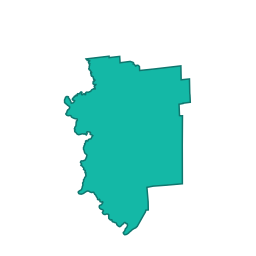 Monte, Buenos Aires, Argentina (Equal Earth projection), rotated 43°
{"feature_id": "61730980B93860432283235", "entity_name": "Monte", "entity_type": "district", "adm_level": 2, "iso_a3": "ARG", "parent_name": "Argentina", "parent_adm1": "Buenos Aires", "projection": "equal_earth", "projection_center": [-58.915, -35.5], "detail": "fine", "context": "isolated", "style": "filled", "palette": "teal", "viewbox_px": 256, "rotation_deg": 43, "n_neighbors": 0, "source": "geoboundaries", "source_scale": "gbopen_adm2", "svg_char_len": 5898}
<svg xmlns="http://www.w3.org/2000/svg" viewBox="0 0 256 256"><g transform="rotate(43 128 128)"><path d="M179.2,103.3L159.5,81.9L158.4,83.0L157.2,83.8L149.1,75.8L151.5,72.6L151.3,72.4L156.0,66.7L151.0,61.8L149.5,60.5L139.5,50.2L134.0,56.5L124.3,46.5L106.8,67.1L97.3,78.0L94.5,75.3L92.9,75.2L91.9,75.8L91.4,76.7L91.4,76.8L91.5,77.1L91.0,77.3L91.0,77.5L90.5,77.3L89.2,77.3L88.5,77.1L88.1,77.5L87.6,76.6L86.9,76.6L84.2,77.8L77.7,85.7L73.1,81.3L66.2,89.4L65.2,88.4L50.2,106.1L50.6,106.2L51.3,105.8L51.9,106.3L52.2,105.8L53.0,105.4L53.6,105.5L53.9,105.1L54.2,105.0L54.3,105.3L54.3,105.6L53.7,106.0L53.7,106.3L53.8,106.5L54.0,106.8L54.5,106.9L55.0,107.3L55.3,107.3L55.9,107.0L56.3,107.0L56.4,107.3L56.4,107.9L57.1,108.3L57.9,109.8L58.8,110.6L58.8,111.2L58.9,111.4L59.7,111.8L60.1,111.8L60.8,111.5L61.4,111.9L62.4,111.9L63.4,112.2L63.7,112.4L63.7,112.7L63.2,112.8L63.0,113.0L63.2,113.3L64.3,113.9L64.8,114.0L65.0,114.1L65.0,114.5L65.5,114.6L65.9,114.9L66.1,114.9L66.4,114.5L66.9,114.5L67.4,114.3L68.0,114.7L68.3,115.1L69.7,115.4L70.0,116.2L70.5,116.1L70.9,115.5L71.2,115.5L71.2,115.9L71.0,116.6L71.4,117.0L71.4,117.3L71.0,117.8L71.0,118.1L71.8,118.9L72.2,119.5L72.3,119.5L72.9,119.3L73.3,119.4L73.6,119.4L74.2,118.7L74.9,118.1L75.0,118.3L74.8,118.8L75.1,119.3L74.8,120.1L74.9,120.6L75.2,120.9L76.4,121.1L77.3,121.8L77.2,122.0L76.6,122.3L76.0,122.9L76.0,123.6L75.6,124.1L75.4,125.0L75.6,126.1L75.6,126.7L75.4,127.3L75.0,127.8L74.9,128.1L74.9,128.6L74.6,129.0L73.4,129.8L73.1,130.4L73.0,130.8L73.1,131.2L73.8,131.9L74.2,132.6L73.9,132.9L73.5,133.0L72.6,132.8L72.3,133.2L72.1,133.6L72.1,134.5L71.8,135.0L71.5,135.2L71.1,135.2L70.8,134.8L70.5,134.3L70.1,133.4L69.6,133.3L69.2,133.5L68.9,134.0L69.0,135.6L68.9,136.3L67.8,137.2L67.8,137.7L67.9,137.9L68.6,138.7L68.7,139.0L68.4,139.2L67.9,139.0L67.7,139.1L67.6,139.3L67.6,139.8L67.9,140.2L67.9,140.4L67.8,140.7L67.2,141.2L67.2,141.4L67.6,141.8L67.6,142.3L67.3,142.7L67.5,143.5L67.4,143.8L67.5,144.6L67.6,144.9L68.4,145.3L69.1,144.7L69.7,144.8L70.4,144.4L70.5,144.5L70.8,146.6L70.3,147.8L69.6,148.5L68.3,147.8L66.3,147.0L65.2,146.7L63.7,146.5L63.3,145.9L62.9,145.9L61.8,146.6L61.4,147.7L61.4,148.3L61.9,149.0L61.9,149.3L62.0,149.4L62.4,150.7L62.8,151.2L63.3,151.6L64.1,152.5L64.6,152.7L65.3,152.5L66.1,152.7L66.6,152.5L68.4,152.6L69.0,152.3L69.4,152.4L70.6,152.2L70.8,152.3L71.2,152.8L71.5,152.9L71.7,153.2L71.8,153.9L71.9,155.1L71.6,155.8L71.8,156.8L72.1,157.3L72.2,157.8L72.7,158.4L72.9,158.7L72.7,159.1L72.7,159.7L73.2,160.3L74.6,160.4L75.3,160.1L75.9,159.8L76.9,158.6L77.7,158.0L78.2,158.1L79.1,158.5L79.9,158.4L82.3,157.6L83.5,156.9L84.4,156.1L85.2,156.4L85.8,157.1L85.5,158.0L85.6,158.3L86.2,158.7L86.4,159.5L87.4,160.5L87.8,161.2L88.4,161.8L88.5,162.1L88.6,163.7L89.1,164.2L89.2,165.0L89.5,165.3L90.2,165.2L90.5,165.4L90.8,166.4L91.7,167.0L92.4,166.9L93.0,166.7L94.1,167.1L95.1,167.1L96.3,166.7L97.0,165.9L98.4,163.6L99.2,162.8L100.1,162.5L100.3,161.7L100.7,161.4L101.8,161.6L102.3,161.5L102.3,161.2L101.8,159.8L101.5,159.6L100.9,159.5L100.7,159.2L100.7,158.8L100.9,158.4L101.4,157.9L103.1,157.0L103.5,156.9L103.8,157.0L104.1,157.3L104.3,158.2L104.7,158.4L105.2,158.3L105.8,157.8L106.5,157.8L107.3,157.6L107.5,157.6L107.6,159.1L108.0,160.0L108.0,160.3L108.3,160.8L108.3,161.2L107.2,162.7L107.1,163.1L107.0,163.9L107.4,164.8L107.0,165.4L106.2,165.5L105.9,166.5L106.9,167.6L107.0,168.1L107.0,169.1L107.8,169.6L107.9,170.7L108.6,172.0L108.8,172.7L110.1,174.0L110.7,174.1L113.1,175.6L113.9,175.8L115.8,175.7L116.4,175.8L116.7,176.1L116.9,176.8L117.6,177.6L117.7,178.4L118.1,179.0L118.2,179.9L118.5,180.7L118.2,181.4L118.1,181.7L117.7,182.2L117.5,182.9L116.6,183.5L116.3,184.0L116.2,184.2L116.4,185.0L116.6,185.5L117.0,185.7L118.2,185.7L118.6,186.1L118.8,186.3L118.9,186.6L118.8,186.9L118.9,187.4L119.4,187.4L120.0,187.1L120.4,187.2L120.9,187.2L121.9,187.4L122.7,187.4L123.2,187.6L123.7,188.6L125.1,188.5L125.7,188.2L126.1,188.6L126.4,189.3L126.7,189.4L126.8,189.8L127.1,190.0L128.0,190.1L128.4,190.5L128.4,190.4L128.7,190.8L129.2,191.0L129.7,191.4L130.1,192.1L130.2,192.6L130.0,193.5L130.8,195.3L130.8,196.2L131.9,197.3L132.3,198.6L132.3,199.1L132.8,199.6L133.2,199.8L134.0,200.6L134.5,201.9L135.2,203.0L135.9,204.6L135.9,205.2L135.3,207.3L135.2,208.2L135.2,208.7L135.6,209.1L136.8,209.5L137.4,209.3L138.9,208.3L139.8,206.8L140.2,205.6L140.3,204.8L140.9,202.6L141.6,201.4L142.8,200.8L143.6,200.8L144.2,200.5L144.9,200.3L145.5,199.9L146.0,199.1L146.8,198.4L147.0,198.4L147.7,198.8L148.1,198.8L149.0,199.2L150.0,199.0L151.8,199.8L153.1,199.9L153.7,200.3L154.1,200.8L154.6,200.9L155.3,200.8L155.6,200.3L155.8,199.6L156.0,199.6L156.3,199.9L157.1,200.3L157.7,200.9L158.0,200.9L158.4,200.5L159.1,200.3L159.5,199.4L159.8,199.3L160.2,199.4L160.3,199.6L160.6,200.3L160.9,202.2L160.7,202.8L160.3,203.3L160.2,203.8L160.1,204.1L160.3,204.8L161.1,205.6L162.2,206.0L163.6,205.8L164.6,205.3L165.9,205.1L166.4,205.2L166.7,205.6L166.7,206.3L166.8,207.2L167.2,207.4L168.1,207.7L169.4,207.5L170.0,207.1L170.5,206.6L170.9,205.6L171.2,205.3L172.3,204.6L172.9,204.5L173.1,204.6L173.9,205.6L174.6,206.2L175.4,207.1L176.3,207.3L176.8,207.2L177.8,207.3L178.1,207.1L178.4,206.4L178.8,206.2L180.1,207.1L180.7,207.1L181.3,206.7L183.0,206.1L183.6,205.7L184.0,205.6L184.7,205.6L185.8,206.4L186.6,206.2L187.1,206.4L187.8,206.3L188.9,206.1L189.4,205.6L189.7,204.1L189.6,202.7L189.9,201.3L190.0,201.0L189.8,200.5L189.9,199.5L190.3,199.1L190.6,199.0L191.0,199.0L191.7,199.2L192.1,199.1L192.5,198.6L192.9,198.6L194.0,199.4L194.7,200.9L194.9,202.7L194.8,203.3L195.0,204.0L195.5,204.7L195.9,206.3L195.8,207.5L196.0,207.9L196.6,208.2L197.3,208.4L198.2,208.3L198.4,208.3L199.2,207.3L199.5,206.7L199.8,205.8L200.1,204.2L200.0,203.3L200.3,201.8L200.4,199.8L200.9,197.7L201.6,196.0L201.8,195.4L201.6,194.5L201.9,193.9L198.7,180.7L198.0,177.6L197.1,175.9L198.7,174.1L193.0,168.2L182.3,158.5L186.1,153.3L195.0,143.7L205.8,131.7L179.2,103.3Z" fill="#14b8a6" stroke="#0f766e" stroke-width="1.5"/></g></svg>